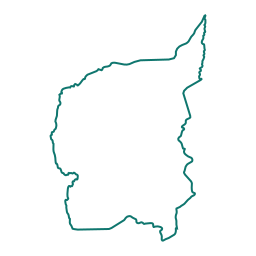 Ouham, Robinson projection
{"feature_id": "CAF-810", "entity_name": "Ouham", "entity_type": "Prefecture", "adm_level": 1, "iso_a3": "CAF", "parent_name": "Central African Republic", "parent_adm1": "", "projection": "robinson", "projection_center": [17.885, 7.097], "detail": "fine", "context": "isolated", "style": "outline", "palette": "teal", "viewbox_px": 256, "rotation_deg": 0, "n_neighbors": 0, "source": "natural_earth", "source_scale": "10m", "svg_char_len": 5744}
<svg xmlns="http://www.w3.org/2000/svg" viewBox="0 0 256 256"><path d="M140.5,60.3L168.8,59.5L174.0,58.2L175.9,55.1L175.9,51.6L177.2,48.7L179.4,46.5L182.2,45.0L186.0,43.5L187.1,42.8L188.5,41.5L191.2,36.8L193.3,34.5L194.2,33.2L194.8,31.4L195.4,30.0L201.9,21.7L204.5,15.8L205.2,15.4L205.4,15.7L204.7,17.8L204.7,19.0L205.4,19.9L205.4,22.9L205.0,24.2L204.4,25.0L205.0,26.0L205.2,26.6L205.0,27.1L204.5,28.5L204.5,29.0L204.6,29.5L205.2,31.6L205.1,32.0L204.5,32.3L204.2,32.6L204.1,33.1L204.3,34.6L204.2,35.0L203.9,35.3L203.3,35.7L203.3,36.1L203.4,37.8L203.3,38.6L203.1,39.0L202.4,40.1L201.9,41.3L201.8,42.1L201.8,42.7L202.1,43.3L202.9,44.0L204.0,44.4L204.2,45.0L204.5,48.6L204.8,49.7L204.8,50.1L204.6,50.5L203.9,51.2L203.9,51.6L203.9,52.0L204.4,53.6L204.3,54.1L204.1,54.5L203.5,55.2L203.5,55.6L203.9,56.2L204.2,56.8L204.1,57.3L203.4,59.3L203.2,59.7L202.9,60.1L202.5,60.9L202.4,61.5L202.4,63.0L202.0,64.2L202.1,64.7L202.5,65.5L202.5,65.9L202.4,66.2L202.1,66.9L201.6,67.3L200.3,68.0L199.8,68.5L199.9,68.8L200.1,69.0L200.8,69.7L200.9,70.1L200.9,70.5L200.8,70.9L200.6,71.1L199.9,71.5L199.6,71.8L199.3,72.3L199.3,72.7L199.8,73.7L200.0,74.2L200.0,74.6L199.9,75.0L199.2,76.1L199.1,76.6L199.4,78.3L199.5,78.6L200.0,79.0L200.6,79.1L201.4,78.9L201.5,79.1L200.8,79.9L187.2,87.7L184.1,90.8L183.3,93.3L190.2,115.8L190.3,117.3L190.0,117.7L189.5,118.1L187.0,119.3L186.5,119.6L186.0,120.2L185.8,120.7L185.8,122.5L185.7,123.1L185.5,123.5L184.8,124.3L182.6,125.8L182.0,126.5L181.9,127.0L182.1,127.4L183.8,128.2L184.1,128.8L184.1,129.3L183.8,129.7L182.9,130.2L182.4,130.8L181.9,132.0L181.1,135.2L180.9,135.8L180.6,136.2L179.5,137.0L178.9,137.5L178.3,138.6L178.3,139.4L178.6,140.3L180.2,141.7L181.1,142.7L181.7,143.8L182.8,147.8L183.0,148.4L183.3,148.6L184.3,148.7L184.6,148.8L184.8,149.0L184.4,150.1L184.0,151.3L184.1,152.4L184.6,153.5L185.7,154.6L187.0,155.6L188.3,156.5L191.3,157.8L191.7,158.2L192.1,158.8L192.4,159.9L192.3,160.7L192.1,161.3L191.5,161.8L188.2,163.7L187.1,164.5L186.2,165.8L185.6,166.8L184.6,170.8L184.1,171.9L184.0,172.4L184.2,173.2L185.1,174.7L191.0,181.3L191.6,182.4L191.9,183.4L191.7,187.6L191.8,189.5L192.0,190.9L192.3,191.8L192.9,192.4L194.3,193.0L194.8,193.3L194.9,193.8L194.7,194.5L193.9,195.3L191.9,196.3L191.4,196.6L190.2,198.0L187.9,199.9L184.4,203.8L183.3,204.6L181.2,205.9L180.0,206.9L176.5,208.5L176.4,208.8L176.4,209.4L176.6,210.7L176.7,211.9L176.6,213.1L175.9,215.2L175.7,216.6L175.7,217.9L176.2,219.8L176.4,221.0L176.4,224.5L177.0,228.3L176.3,228.0L175.9,228.3L175.8,228.8L175.9,230.5L175.8,231.5L175.6,232.5L175.3,233.3L174.9,234.0L174.2,234.7L168.7,238.0L165.6,239.2L163.3,240.5L162.7,240.6L162.3,240.5L161.8,239.8L161.7,239.1L161.8,236.5L161.6,235.5L161.4,234.7L160.5,233.0L160.2,232.2L160.1,231.6L160.2,231.0L160.5,230.7L161.6,229.9L162.0,229.3L162.1,228.9L162.1,228.5L162.0,228.2L161.7,227.8L161.2,227.4L160.4,227.0L159.3,226.7L157.8,226.4L155.8,226.5L154.8,226.7L154.0,227.0L153.7,227.0L153.4,226.6L153.3,226.2L153.1,224.3L152.9,223.8L152.5,223.4L151.8,223.2L150.5,223.1L145.3,223.6L144.5,223.9L144.2,223.9L143.8,223.8L142.7,222.8L142.1,222.5L141.4,222.3L140.6,222.5L139.2,223.1L138.4,223.2L137.7,223.1L136.9,222.7L136.6,222.3L136.4,221.8L136.4,220.6L136.2,219.8L135.9,219.3L132.5,217.6L131.2,216.6L130.3,216.2L129.2,216.1L127.3,216.6L126.3,217.4L125.5,218.2L124.5,219.7L124.0,220.2L111.5,228.0L109.0,229.0L77.7,229.6L74.1,229.1L72.6,228.7L71.4,225.8L70.0,223.7L69.8,222.5L69.9,218.9L69.3,218.3L68.9,217.0L68.7,215.6L68.3,214.3L67.7,213.5L67.3,212.9L67.1,212.4L66.9,211.7L66.3,207.5L66.4,205.6L65.7,204.1L65.3,201.8L65.3,201.3L65.3,200.7L65.6,200.0L65.9,199.8L66.9,200.0L67.2,199.9L68.1,198.9L68.2,198.6L68.2,198.3L67.8,197.5L67.5,196.5L67.4,194.1L67.6,191.5L67.7,190.4L67.8,189.1L68.1,187.5L68.4,186.8L68.8,186.2L69.1,186.0L69.4,186.0L69.7,186.1L70.4,186.6L71.0,186.1L72.0,186.1L72.2,185.9L72.5,185.0L72.9,184.3L72.9,183.9L72.5,182.7L72.6,182.0L72.8,181.6L73.1,181.3L73.9,181.4L74.1,181.2L74.6,180.2L75.0,179.7L75.6,179.3L76.2,179.2L76.7,179.5L76.9,179.5L77.2,179.4L77.4,179.1L77.6,178.3L77.8,176.0L77.7,175.5L77.4,175.0L77.0,174.7L75.9,174.3L75.7,174.1L75.3,173.6L74.5,172.9L73.9,172.7L72.8,173.4L72.5,173.5L72.2,173.4L71.1,173.0L69.8,173.2L69.2,173.0L68.9,172.9L68.6,173.1L68.4,173.3L68.3,174.4L68.1,174.7L67.9,174.8L66.9,174.8L66.0,175.2L65.4,175.1L64.8,174.8L64.2,174.3L63.5,173.2L63.2,173.1L62.5,173.0L62.2,172.8L61.7,172.3L61.5,171.9L60.9,169.9L60.6,169.2L60.2,168.6L59.9,168.5L58.4,168.1L57.9,167.6L57.3,164.7L57.0,164.1L56.7,163.7L56.3,163.7L56.0,163.4L55.7,162.5L55.5,160.4L55.3,157.7L54.8,155.0L53.9,152.4L53.6,151.4L53.4,149.4L53.5,144.3L53.5,143.8L52.9,142.9L52.8,142.4L52.6,140.8L52.3,140.2L52.1,139.9L51.3,139.3L51.1,138.8L50.6,136.2L50.6,135.8L50.9,135.3L51.0,135.2L51.5,135.0L51.8,134.8L51.9,134.4L51.7,133.2L51.8,132.7L51.9,132.3L52.3,132.1L53.4,131.8L53.7,131.6L54.4,129.9L54.6,129.6L55.6,128.8L55.8,128.3L56.2,126.8L56.4,125.3L56.2,123.7L56.0,122.9L55.4,121.5L55.5,120.8L55.6,119.8L56.7,116.5L56.9,115.8L57.2,110.6L57.3,109.7L57.5,109.0L58.0,107.7L58.0,106.9L58.5,105.7L59.9,104.8L60.1,104.5L60.4,103.8L60.4,102.7L60.1,101.9L59.4,100.8L59.3,100.3L59.3,99.6L59.8,96.7L59.5,95.0L59.4,94.8L60.8,93.5L61.6,93.6L61.9,93.5L62.0,92.9L61.5,92.2L61.4,91.7L61.9,90.3L62.6,89.3L63.6,88.7L66.1,87.9L68.9,87.4L70.2,87.5L70.6,86.6L71.2,86.2L71.9,86.1L73.8,86.5L74.0,86.2L74.0,85.6L74.3,84.9L75.2,84.0L76.4,84.5L77.2,84.9L77.5,85.4L77.9,85.4L78.8,84.7L80.1,83.4L82.4,80.3L83.5,79.1L84.0,79.0L84.5,79.1L85.0,78.7L85.2,77.4L85.6,76.6L86.5,75.6L87.5,74.7L96.3,71.2L97.6,70.3L98.4,69.2L101.5,70.2L102.2,69.7L102.8,68.0L103.9,67.2L105.2,66.8L107.5,66.5L108.9,66.1L110.1,65.4L111.4,63.3L112.7,62.8L114.1,62.7L115.3,62.8L124.1,64.5L126.8,64.6L129.4,64.1L134.5,61.9L140.5,60.3Z" fill="none" stroke="#0f766e" stroke-width="2"/></svg>